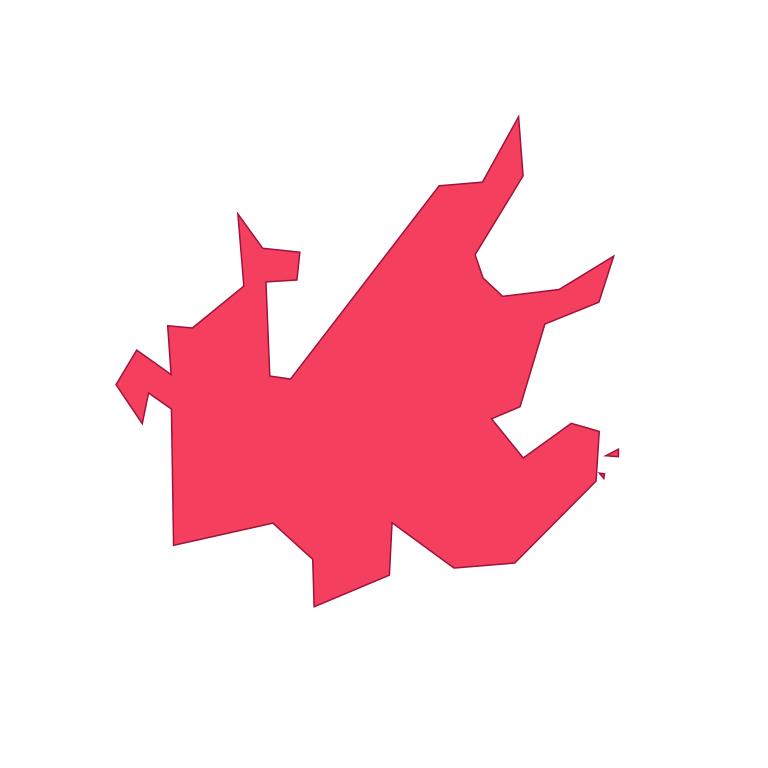 map outline of Peloponnisos (orthographic projection), rotated 240°
{"feature_id": "GRC-2885", "entity_name": "Peloponnisos", "entity_type": "Region", "adm_level": 1, "iso_a3": "GRC", "parent_name": "Greece", "parent_adm1": "", "projection": "orthographic", "projection_center": [22.642, 37.277], "detail": "coarse", "context": "isolated", "style": "filled", "palette": "rose", "viewbox_px": 768, "rotation_deg": 240, "n_neighbors": 0, "source": "natural_earth", "source_scale": "10m", "svg_char_len": 773}
<svg xmlns="http://www.w3.org/2000/svg" viewBox="0 0 768 768"><g transform="rotate(240 384 384)"><path d="M537.0,186.8L498.6,204.3L542.6,225.8L528.3,246.1L538.9,311.6L604.4,342.5L562.2,346.8L540.2,377.0L517.6,360.6L531.4,332.8L448.0,289.1L435.0,305.5L528.1,530.9L509.6,570.2L548.2,634.2L494.7,608.5L450.4,527.5L426.3,522.8L400.6,530.6L378.3,582.9L379.9,646.9L347.4,611.0L355.5,553.3L296.3,490.5L300.1,459.7L250.3,467.6L256.3,526.5L235.3,546.7L193.9,519.1L163.6,407.7L189.6,352.6L259.8,321.6L215.8,293.1L226.0,212.1L267.8,234.6L319.1,218.2L349.5,121.1L468.6,187.4L493.9,175.6L470.5,154.8L517.4,151.6L537.0,186.8ZM203.9,550.6L211.0,540.2L210.3,554.5L203.9,550.6ZM195.9,530.1L192.3,527.1L199.1,526.0L195.9,530.1Z" fill="#f43f5e" stroke="#9f1239" stroke-width="1.5"/></g></svg>